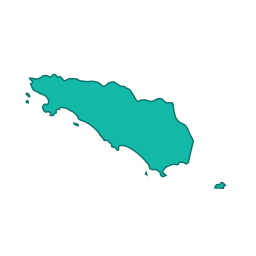 the district of Florianópolis, Santa Catarina, Brazil, rotated 101°
{"feature_id": "56859067B31215399006442", "entity_name": "Florianópolis", "entity_type": "district", "adm_level": 2, "iso_a3": "BRA", "parent_name": "Brazil", "parent_adm1": "Santa Catarina", "projection": "mercator", "projection_center": [-48.495, -27.558], "detail": "fine", "context": "isolated", "style": "filled", "palette": "teal", "viewbox_px": 256, "rotation_deg": 101, "n_neighbors": 0, "source": "geoboundaries", "source_scale": "gbopen_adm2", "svg_char_len": 4096}
<svg xmlns="http://www.w3.org/2000/svg" viewBox="0 0 256 256"><g transform="rotate(101 128 128)"><path d="M97.5,112.9L97.2,116.2L97.4,117.5L97.7,118.8L98.0,119.9L98.3,120.9L99.3,122.2L100.2,123.8L99.3,125.0L97.8,126.4L94.6,129.1L93.0,130.6L92.1,131.4L90.9,132.5L90.1,133.8L89.5,135.3L89.1,137.4L88.3,138.9L88.0,140.0L88.1,141.1L88.4,142.2L88.3,143.5L87.7,145.1L86.8,147.0L86.2,148.5L85.6,150.3L85.6,151.6L86.3,153.4L87.3,155.3L88.1,156.2L89.7,157.2L90.5,157.9L91.9,159.5L91.7,160.7L91.2,161.9L90.4,163.2L89.8,164.4L89.3,165.6L88.9,166.7L89.0,167.8L88.8,169.3L88.8,171.0L89.3,173.3L89.6,174.5L90.2,176.6L90.4,178.8L90.7,181.0L90.8,182.8L90.8,184.6L90.3,186.1L89.7,187.2L89.7,188.8L90.0,190.3L90.2,192.0L90.3,193.2L90.7,194.5L91.3,195.8L91.9,196.7L93.0,198.0L94.0,199.6L93.4,200.6L92.4,201.6L91.5,202.8L90.6,204.3L91.2,205.8L91.3,207.2L90.5,208.2L89.7,209.1L89.4,210.7L90.0,211.7L91.3,212.6L92.4,213.3L92.7,214.5L92.5,215.7L92.3,216.9L92.2,218.1L92.3,219.5L93.1,221.5L94.1,222.4L94.9,223.0L95.8,224.1L96.4,225.0L97.1,226.1L97.5,227.2L97.6,228.4L97.5,229.9L97.5,231.1L97.6,232.6L97.8,234.1L98.8,233.5L100.1,231.1L101.2,230.5L102.8,231.0L103.3,232.1L104.5,231.2L105.6,230.4L106.6,229.9L107.8,229.0L108.9,227.9L109.2,226.8L109.4,225.6L109.7,224.1L110.3,222.6L110.8,221.7L111.1,220.7L111.0,219.2L111.7,217.8L111.5,216.7L112.3,215.0L113.4,213.4L114.5,212.4L115.5,211.7L116.4,211.2L117.7,210.9L119.1,210.9L120.3,211.5L120.4,212.9L120.5,214.1L121.5,215.2L123.0,215.6L124.5,215.7L125.6,214.8L126.4,214.3L127.3,213.7L127.7,212.7L128.2,211.4L127.1,209.9L127.2,208.4L127.9,207.2L129.3,206.6L130.4,206.7L130.3,204.5L129.7,203.7L128.8,203.3L127.7,202.8L126.9,201.4L125.5,201.6L124.5,202.0L123.6,201.4L123.0,200.2L123.0,199.0L121.7,199.0L120.8,198.2L120.5,197.2L120.4,196.0L120.3,194.5L120.4,193.0L120.7,191.3L120.9,190.3L121.3,189.3L121.9,187.9L122.2,186.2L122.6,185.2L123.1,184.1L123.7,183.0L124.4,182.0L125.2,180.9L126.2,179.9L127.0,179.2L128.2,178.6L128.9,177.4L129.4,175.7L129.6,174.4L129.7,172.8L130.0,171.6L130.3,170.1L130.8,168.8L131.2,167.5L131.9,166.0L132.5,164.8L133.1,163.7L133.9,162.1L134.6,161.0L135.5,159.6L136.4,158.4L137.1,157.4L137.8,156.3L138.9,155.1L140.0,154.5L140.9,153.3L141.7,151.9L142.9,151.0L143.3,149.9L144.9,148.9L144.1,147.3L144.3,145.8L144.9,144.6L145.9,143.4L146.4,142.0L147.3,140.9L148.4,140.4L149.3,140.6L149.7,139.3L149.5,137.7L150.2,136.2L151.0,135.2L151.8,134.4L151.6,133.3L150.4,133.1L149.6,133.5L148.4,133.6L147.3,133.2L146.6,131.9L146.2,130.6L146.1,129.1L146.2,127.0L146.5,124.9L147.2,122.7L147.8,120.8L148.4,119.3L148.9,118.1L149.4,117.0L149.9,116.0L150.5,114.7L151.4,113.0L152.7,110.8L153.3,109.8L154.0,108.6L154.8,107.5L155.7,106.2L156.8,104.7L157.7,103.6L158.6,102.5L159.9,101.1L160.8,100.4L161.6,99.7L162.6,99.5L163.7,98.8L164.2,97.0L164.2,95.5L163.7,94.2L163.5,92.7L163.9,91.2L164.5,89.9L165.2,88.3L166.2,87.6L167.7,87.2L168.7,86.1L169.2,84.3L168.5,83.4L167.8,82.5L167.2,81.6L166.5,82.5L166.0,83.7L165.6,85.0L164.7,85.6L163.7,85.5L162.6,85.1L161.4,84.6L160.0,83.7L159.1,82.9L158.1,81.8L157.1,80.4L156.2,79.0L155.5,77.8L155.0,76.3L154.6,75.1L154.7,74.0L154.7,72.8L154.0,71.7L152.3,71.3L151.6,70.2L151.3,69.0L151.1,67.7L151.4,66.3L151.9,64.9L152.2,63.7L151.3,63.0L150.5,62.3L128.2,61.4L120.8,67.1L117.5,69.2L116.3,70.3L114.3,72.4L112.2,79.2L109.5,82.6L105.6,84.8L103.3,85.8L100.4,86.9L98.3,87.6L95.8,88.5L94.8,89.3L95.0,90.5L95.4,92.3L96.0,94.4L95.3,96.5L93.0,100.6L93.0,102.2L93.5,104.1L94.7,105.8L96.1,107.5L97.0,108.9L97.6,111.1L97.5,112.9ZM170.0,30.0L169.4,27.7L169.3,26.2L169.2,24.6L169.0,22.9L167.9,22.8L166.5,22.7L165.7,21.5L164.8,22.6L163.7,24.5L163.7,26.0L165.1,26.5L165.8,27.3L166.3,28.5L166.8,30.1L167.7,30.8L169.1,31.0L170.1,31.5L170.0,30.0ZM114.7,233.7L115.0,232.4L116.1,231.8L116.0,230.6L114.5,231.1L113.8,232.3L113.1,233.8L113.8,234.5L114.7,233.7ZM134.4,181.3L134.8,180.1L135.1,178.8L135.4,177.6L134.2,177.5L133.9,178.5L133.6,180.2L133.6,181.9L134.4,181.3ZM122.5,231.9L122.3,230.7L121.0,230.9L120.4,232.3L121.9,232.9L122.5,231.9ZM170.4,100.7L169.4,101.1L168.2,101.8L169.7,102.1L170.4,100.7Z" fill="#14b8a6" stroke="#0f766e" stroke-width="1.5"/></g></svg>